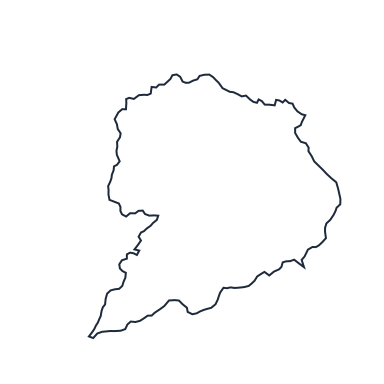 Itatiba, São Paulo, Brazil (Robinson projection), rotated 163°
{"feature_id": "56859067B5628063584569", "entity_name": "Itatiba", "entity_type": "district", "adm_level": 2, "iso_a3": "BRA", "parent_name": "Brazil", "parent_adm1": "São Paulo", "projection": "robinson", "projection_center": [-46.798, -23.014], "detail": "fine", "context": "isolated", "style": "outline", "palette": "slate", "viewbox_px": 384, "rotation_deg": 163, "n_neighbors": 0, "source": "geoboundaries", "source_scale": "gbopen_adm2", "svg_char_len": 2672}
<svg xmlns="http://www.w3.org/2000/svg" viewBox="0 0 384 384"><g transform="rotate(163 192 192)"><path d="M318.9,84.6L311.0,83.0L305.8,81.4L300.8,80.2L295.9,80.4L292.5,84.2L288.4,86.0L284.1,84.2L279.4,84.0L275.1,85.2L270.5,86.7L266.7,85.6L263.1,87.4L257.1,89.2L251.9,91.0L245.7,95.0L240.0,93.6L236.2,92.0L233.8,87.4L230.7,82.8L231.2,78.6L227.4,75.0L222.9,74.6L219.5,75.4L215.4,75.8L211.3,75.8L207.6,75.6L202.3,77.8L198.8,81.6L196.6,84.8L194.5,87.6L189.9,91.2L186.8,89.8L183.0,89.5L179.4,87.8L175.1,86.8L169.9,85.8L165.2,85.6L161.8,87.0L158.2,88.8L154.3,92.2L149.4,93.6L146.1,94.4L142.5,89.6L137.0,91.9L131.3,92.6L128.4,94.2L125.8,98.2L122.4,98.2L118.4,97.2L114.1,97.4L110.3,92.0L106.9,87.4L107.0,95.0L103.2,97.4L98.0,103.0L92.9,104.2L89.7,103.1L86.4,103.8L82.1,105.9L77.4,108.7L76.4,115.1L75.2,118.9L72.6,122.7L68.0,124.9L63.3,128.7L60.3,131.9L58.3,134.7L53.8,136.9L52.1,142.0L51.3,152.5L51.2,159.1L54.9,164.7L57.9,169.9L60.5,175.2L66.2,185.6L67.1,191.4L68.7,196.9L67.5,200.4L68.9,205.4L73.2,208.2L74.8,212.7L76.1,218.3L74.7,222.9L71.6,223.4L68.5,224.1L66.4,226.9L61.2,232.3L64.4,234.3L67.6,238.3L69.5,242.9L70.0,247.1L73.2,248.7L75.9,252.9L79.1,251.1L81.6,253.9L84.6,255.5L87.6,250.7L92.6,252.9L96.9,254.3L98.6,258.5L101.2,261.0L103.8,258.3L106.9,260.2L109.3,263.3L112.2,268.4L116.5,268.9L119.5,272.0L123.2,275.3L126.6,276.8L129.1,279.2L132.4,282.3L134.6,288.8L136.4,292.0L138.2,295.6L141.1,299.2L145.8,300.5L150.8,300.8L153.9,298.2L158.4,298.2L162.8,297.4L166.0,298.2L168.7,300.4L169.6,305.6L172.3,308.9L176.6,309.4L179.6,306.4L183.1,304.7L187.1,302.8L192.1,304.3L195.7,302.4L199.9,304.3L202.7,298.2L206.2,297.8L209.4,299.0L214.5,300.1L220.4,298.0L224.5,300.4L227.8,300.1L228.8,296.2L231.0,290.4L234.5,291.6L239.2,289.6L244.7,284.2L244.0,278.7L244.6,274.0L243.1,269.0L244.8,265.5L249.0,261.9L250.2,257.1L252.2,253.5L253.0,249.5L252.2,242.5L255.8,239.9L259.1,239.3L260.6,235.7L263.6,231.9L265.0,228.7L267.3,225.6L270.5,222.1L271.2,218.3L272.6,214.1L273.2,208.6L265.3,202.4L264.8,198.6L266.0,194.8L265.5,191.2L262.2,187.8L257.4,189.8L252.6,188.2L248.6,189.6L244.5,188.6L243.4,184.7L239.8,181.9L234.7,180.6L231.2,179.2L233.8,175.6L238.3,173.8L241.5,171.8L246.0,170.3L249.4,168.6L252.6,168.2L256.1,164.9L255.0,160.5L259.3,157.1L263.8,153.9L259.6,151.4L263.1,147.9L265.7,150.4L268.9,152.1L272.5,151.4L273.8,147.3L279.0,147.2L282.7,144.1L283.3,139.9L281.6,136.7L278.9,134.1L280.8,129.5L283.6,126.3L286.1,122.6L290.0,120.7L294.1,121.5L298.6,121.7L302.9,119.6L305.8,115.1L308.0,109.9L311.0,107.8L313.3,104.6L315.6,100.0L317.9,97.5L320.2,94.6L322.9,92.4L325.8,89.2L328.9,86.8L332.8,84.0L329.2,81.2L323.9,84.4L318.9,84.6Z" fill="none" stroke="#1e293b" stroke-width="2"/></g></svg>